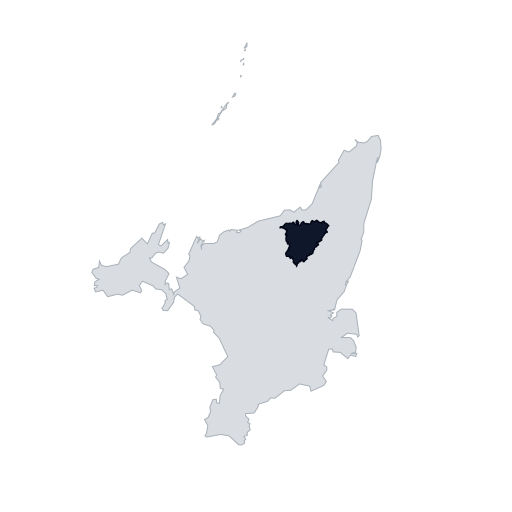 India, with Telangana highlighted, rotated 209°
{"feature_id": "IND-20011", "entity_name": "Telangana", "entity_type": "State", "adm_level": 1, "iso_a3": "IND", "parent_name": "India", "parent_adm1": "", "projection": "equal_earth", "projection_center": [78.948, 17.86], "detail": "fine", "context": "in_parent", "style": "filled", "palette": "ink", "viewbox_px": 512, "rotation_deg": 209, "n_neighbors": 0, "source": "natural_earth", "source_scale": "10m", "svg_char_len": 9119}
<svg xmlns="http://www.w3.org/2000/svg" viewBox="0 0 512 512"><g transform="rotate(209 256 256)"><path d="M120.0,216.5L125.3,215.1L125.9,210.7L135.5,212.6L142.0,209.5L144.1,211.7L147.2,209.7L143.9,193.7L140.3,193.3L138.8,190.7L139.5,183.3L133.6,180.3L134.0,175.6L142.4,164.4L145.9,168.3L155.9,165.2L160.5,155.4L165.8,152.0L170.4,140.9L174.4,138.9L175.3,134.7L182.1,127.4L181.1,125.6L181.5,117.9L188.6,113.1L187.8,111.2L182.9,109.7L182.7,106.5L179.9,106.4L179.5,103.7L176.8,101.3L178.2,97.5L176.7,95.0L179.2,92.3L176.1,90.7L176.8,88.8L175.2,87.1L176.8,83.8L179.8,82.5L192.4,85.6L200.4,82.8L211.3,73.8L213.5,74.0L213.2,76.7L216.0,84.4L221.7,88.0L219.6,91.5L220.2,97.6L223.2,101.6L224.0,109.6L221.3,111.4L219.3,108.5L216.5,109.4L219.6,116.2L219.7,123.9L223.0,122.9L226.5,127.9L232.5,130.4L232.9,133.1L240.5,138.0L234.9,143.4L231.9,154.4L248.5,166.3L256.2,168.7L256.7,170.7L261.9,172.5L269.3,171.0L274.2,173.4L274.9,176.6L280.2,180.2L283.2,179.1L285.4,182.0L306.0,184.8L307.4,180.5L305.6,175.4L306.8,165.3L310.8,163.5L312.9,164.6L312.6,170.6L314.0,173.2L312.6,174.9L316.6,179.4L322.3,180.8L327.7,178.5L331.4,180.0L343.1,178.9L343.7,173.5L339.0,170.2L339.2,167.7L347.7,166.2L353.8,156.9L358.4,155.7L366.0,148.5L373.3,151.9L378.9,146.8L382.0,149.3L380.0,151.3L380.2,153.3L382.9,151.7L384.4,155.3L381.9,159.6L384.9,159.0L391.7,162.0L392.0,165.5L388.0,169.8L390.4,175.7L386.8,173.0L381.9,173.9L372.4,182.1L372.8,189.1L368.0,198.1L369.3,201.5L364.5,216.3L356.9,213.9L357.7,225.7L355.8,226.9L356.1,237.1L353.9,240.2L352.0,238.3L350.7,240.3L346.9,218.7L343.9,218.7L341.3,227.6L339.4,224.8L338.3,226.0L336.7,220.0L338.4,213.5L343.2,212.2L345.2,209.6L346.2,203.6L348.4,202.8L344.4,200.0L329.3,200.1L323.5,198.4L323.2,190.3L321.7,186.9L320.6,189.5L318.9,189.5L315.5,184.5L313.8,186.4L309.4,182.5L310.1,185.0L307.0,191.0L315.3,198.9L310.7,199.7L306.8,206.8L313.5,211.2L312.2,218.8L313.8,224.1L315.8,225.0L317.4,244.4L315.6,243.3L314.5,245.3L313.4,238.5L313.0,244.4L310.1,243.1L308.6,244.7L309.2,238.3L306.7,235.3L308.8,238.5L306.9,242.2L299.0,246.4L296.7,249.7L298.0,256.6L295.9,261.5L292.4,265.5L291.1,264.9L290.9,266.9L284.8,269.5L284.1,267.0L281.7,268.7L281.1,270.7L283.6,270.3L277.2,276.8L271.0,287.5L254.3,302.9L253.4,309.8L248.7,312.8L244.1,312.7L241.1,320.2L237.9,318.5L234.5,320.8L232.2,329.1L234.7,349.8L233.3,346.8L232.3,348.2L235.1,351.4L228.8,378.2L230.3,379.7L230.2,391.2L225.1,392.0L221.5,401.1L222.3,404.2L226.1,406.0L221.9,405.0L216.4,407.2L214.2,410.0L212.9,416.6L207.6,420.7L203.2,417.5L198.2,409.8L195.9,402.6L195.2,396.4L197.3,401.5L196.2,396.4L190.2,377.5L182.7,361.8L177.4,336.6L173.3,329.1L172.2,321.5L170.7,320.9L167.5,311.1L163.4,283.0L164.7,278.1L164.4,276.4L163.1,278.7L162.8,277.4L162.9,274.5L164.6,274.8L162.7,273.7L161.6,267.7L163.9,256.9L161.5,248.0L162.6,246.8L161.4,246.9L166.2,243.2L160.8,243.9L162.3,240.4L160.6,240.3L161.0,238.0L163.4,237.1L157.5,236.6L158.3,238.9L156.0,242.3L158.0,246.0L155.7,250.8L146.1,256.1L141.0,254.8L127.1,236.3L127.9,234.5L130.0,236.4L138.6,232.8L141.7,226.2L133.8,230.4L129.7,229.3L124.2,224.9L122.3,220.1L125.7,216.6L120.6,219.8L120.0,216.5ZM355.5,375.3L353.6,370.8L356.0,366.2L356.4,351.4L358.3,349.0L356.8,356.9L357.9,362.1L356.7,363.5L355.5,375.3ZM367.1,431.7L367.2,438.2L365.5,434.7L367.1,431.7ZM353.6,388.1L352.3,388.2L352.1,385.5L353.6,383.6L353.6,388.1ZM362.6,421.5L362.5,423.3L362.2,421.6L362.6,421.5ZM364.1,418.9L363.6,421.4L363.7,418.7L364.1,418.9ZM365.8,429.5L365.3,431.4L364.9,430.7L365.8,429.5ZM356.9,406.3L356.0,406.4L356.4,405.3L356.9,406.3ZM355.2,376.2L354.3,377.2L354.7,375.6L355.2,376.2ZM358.3,368.7L358.8,370.5L357.7,369.2L358.3,368.7ZM360.3,418.4L359.5,418.1L359.8,417.1L360.3,418.4ZM355.3,356.8L354.9,358.7L355.1,356.6L355.3,356.8Z" fill="#d9dde1" stroke="#a8b0b8" stroke-width="1"/><path d="M208.2,287.3L208.2,286.9L207.7,286.3L207.8,286.2L208.0,285.9L208.1,285.7L208.2,285.3L208.2,285.0L208.2,284.8L208.2,284.7L208.7,284.1L208.8,284.0L209.3,283.9L209.5,283.8L209.6,283.6L209.7,283.2L209.6,282.6L209.7,282.4L210.0,282.2L210.4,282.2L210.7,281.2L210.9,280.8L211.3,280.6L211.6,280.5L211.6,280.3L211.6,280.2L211.0,279.5L210.9,279.1L210.6,278.9L210.6,278.6L210.3,278.6L210.2,278.5L210.1,277.8L210.2,277.6L210.4,277.4L210.7,277.0L210.9,276.7L210.9,276.3L211.1,275.4L211.4,274.9L211.2,274.6L211.5,274.2L211.8,274.1L212.1,274.2L212.4,274.2L212.7,274.8L213.0,275.0L213.4,274.9L213.7,275.0L214.1,275.0L214.2,274.8L214.2,274.5L214.1,273.8L214.2,273.6L214.3,273.3L214.5,272.7L215.2,272.4L215.3,272.3L215.4,272.2L215.4,271.9L215.4,271.3L215.4,271.0L215.6,270.4L215.7,270.1L215.9,269.8L216.2,269.5L216.4,269.1L216.3,268.9L216.2,268.8L216.0,268.7L215.6,267.6L215.6,267.3L215.6,266.9L216.2,267.3L216.4,267.8L217.1,268.1L217.3,267.9L217.6,267.8L217.9,267.9L218.3,267.9L219.0,268.2L219.3,268.4L219.9,268.4L220.2,268.6L220.5,268.9L220.6,269.1L220.9,270.1L221.3,270.4L221.4,270.6L221.8,270.9L221.9,271.0L222.2,271.2L222.2,271.4L222.3,271.4L222.5,271.3L222.7,271.5L223.0,271.6L223.2,271.8L223.5,272.0L223.7,272.3L223.9,272.4L224.1,272.4L224.1,272.1L224.1,271.9L224.3,271.6L224.4,271.2L224.5,271.0L224.6,270.8L225.4,270.9L225.5,271.0L225.8,271.4L225.9,271.5L227.2,271.5L227.3,271.6L227.4,271.8L227.6,271.9L227.8,271.7L227.9,271.3L228.0,271.2L228.8,270.8L228.9,270.7L229.1,270.6L229.6,270.8L230.1,271.4L230.3,271.8L230.9,272.1L231.2,272.6L231.3,272.9L231.3,273.2L231.2,273.9L231.2,274.4L231.1,274.7L231.0,274.9L230.9,275.0L230.9,275.7L231.1,276.2L230.8,276.3L230.6,276.6L230.4,277.0L230.3,277.3L230.3,277.8L230.5,277.8L231.0,277.7L231.1,277.9L231.2,278.8L231.3,279.2L231.3,279.8L231.2,280.1L230.8,280.6L231.3,281.0L231.6,281.1L232.2,281.8L232.4,282.2L232.5,282.3L233.2,282.4L233.9,282.3L234.2,282.1L234.3,282.0L234.5,282.2L234.6,282.4L234.7,283.0L234.9,283.4L235.0,283.6L235.2,283.3L235.3,283.4L235.4,283.6L235.5,283.7L236.1,283.4L236.3,283.4L236.4,283.5L236.6,283.7L236.9,283.9L237.2,284.3L238.3,285.9L238.4,286.1L238.5,286.7L238.8,287.4L239.0,287.9L239.1,288.0L238.8,288.4L238.7,288.6L238.6,288.8L238.7,289.0L238.9,289.1L239.3,289.1L239.5,288.5L239.8,288.6L239.9,289.2L239.9,289.4L240.0,289.5L240.6,289.2L240.8,289.3L240.7,289.9L240.6,290.1L240.6,290.4L240.7,290.9L241.0,291.7L241.1,293.3L241.2,293.7L241.4,294.0L241.5,294.1L242.5,293.4L242.8,293.4L243.4,293.7L243.6,293.8L244.3,293.7L245.0,293.7L245.8,294.0L246.0,293.8L246.1,293.5L246.3,293.5L246.6,293.8L246.8,293.9L247.1,293.7L247.4,293.3L247.5,293.2L247.9,293.1L248.0,293.0L248.3,292.6L248.5,292.4L248.7,292.6L248.8,293.0L248.7,293.4L247.3,294.3L246.8,295.1L246.4,295.9L246.3,296.6L245.8,298.7L245.2,299.4L244.1,299.7L243.3,300.0L242.7,300.9L241.8,301.3L241.2,301.3L240.6,301.7L240.2,302.1L240.1,302.6L240.1,303.0L239.9,303.5L239.6,303.6L238.6,303.3L238.1,303.1L237.8,302.6L237.3,302.3L236.9,302.5L236.5,302.8L236.4,303.4L236.2,303.7L235.9,303.7L235.5,303.1L235.4,303.3L235.4,303.9L235.3,304.2L235.4,304.5L236.2,305.0L236.7,304.8L237.0,304.8L237.3,305.0L237.4,305.4L237.1,305.9L237.2,306.2L237.4,306.6L237.4,306.8L237.1,306.9L236.5,306.8L236.0,306.4L235.5,306.2L235.0,305.9L234.8,305.6L234.6,304.9L234.4,304.2L234.1,303.8L233.8,303.7L233.5,303.7L233.1,303.9L232.4,304.5L232.1,305.0L231.8,305.4L231.7,305.8L232.4,306.4L232.2,306.9L232.1,307.5L231.9,307.9L231.4,308.6L231.3,308.9L230.9,309.0L230.8,308.9L230.5,308.0L230.3,307.9L230.0,308.1L229.9,307.9L229.7,307.7L229.3,307.7L229.1,308.1L228.6,308.2L228.2,308.4L227.8,308.4L227.7,308.7L227.3,308.9L227.2,308.9L226.9,308.8L226.6,308.9L226.1,309.5L225.3,309.5L224.6,309.7L224.4,309.9L224.1,310.7L224.2,311.0L224.1,312.1L224.3,312.8L224.1,313.9L224.0,314.1L223.8,314.2L223.6,314.3L223.4,314.1L223.1,314.1L222.9,314.1L222.5,313.9L222.3,313.9L221.3,314.6L221.1,315.1L220.9,315.3L220.6,315.1L220.5,315.5L220.6,316.0L220.3,316.5L220.0,316.6L219.7,316.7L219.0,316.5L218.7,316.2L218.0,316.4L217.8,316.4L217.6,316.2L217.3,315.9L217.2,315.9L216.9,316.0L216.3,316.0L216.1,316.1L215.8,316.4L215.7,316.3L215.5,316.7L215.3,316.8L214.8,316.6L214.9,317.0L214.7,317.5L214.5,318.0L214.2,318.3L213.9,318.4L213.8,318.5L213.7,318.7L213.6,319.0L213.4,319.3L211.9,318.4L211.6,318.3L211.4,318.2L211.1,318.4L211.0,318.5L210.4,318.5L210.0,318.4L209.1,318.4L208.9,318.4L208.4,318.0L207.5,317.9L207.1,317.7L207.3,317.3L207.4,317.1L207.4,316.5L207.5,315.7L207.4,315.0L207.5,314.2L207.5,313.7L208.0,313.2L208.1,312.8L207.9,312.4L207.5,312.2L206.6,312.2L205.6,311.8L205.3,311.3L205.4,311.1L206.4,310.3L206.4,310.2L206.5,309.8L206.9,309.5L207.1,308.8L207.0,308.7L206.8,308.7L207.1,308.2L206.8,307.8L206.7,307.5L206.8,307.0L206.8,306.9L207.0,306.7L207.0,304.7L207.3,303.8L207.3,303.6L207.0,302.9L206.9,302.3L206.8,302.2L206.5,302.1L206.4,302.0L206.3,301.6L206.4,301.3L207.6,299.3L207.8,298.7L208.2,298.5L208.3,298.4L208.4,298.1L208.6,297.9L209.1,297.7L209.4,296.8L209.4,296.7L209.1,296.8L208.8,297.0L208.6,297.1L208.4,296.7L208.0,296.7L207.6,296.7L207.2,296.4L206.9,296.2L207.2,295.3L207.3,294.9L207.5,294.8L207.8,294.6L208.0,294.4L207.9,294.1L207.7,293.7L207.7,293.4L207.9,293.2L208.2,292.9L208.8,292.2L208.8,291.4L208.7,290.8L208.3,290.3L208.2,290.2L208.4,289.9L208.6,289.8L208.6,289.6L208.5,289.0L208.3,288.2L208.5,287.7L208.2,287.3Z" fill="#0f172a" stroke="#020617" stroke-width="1.5"/></g></svg>